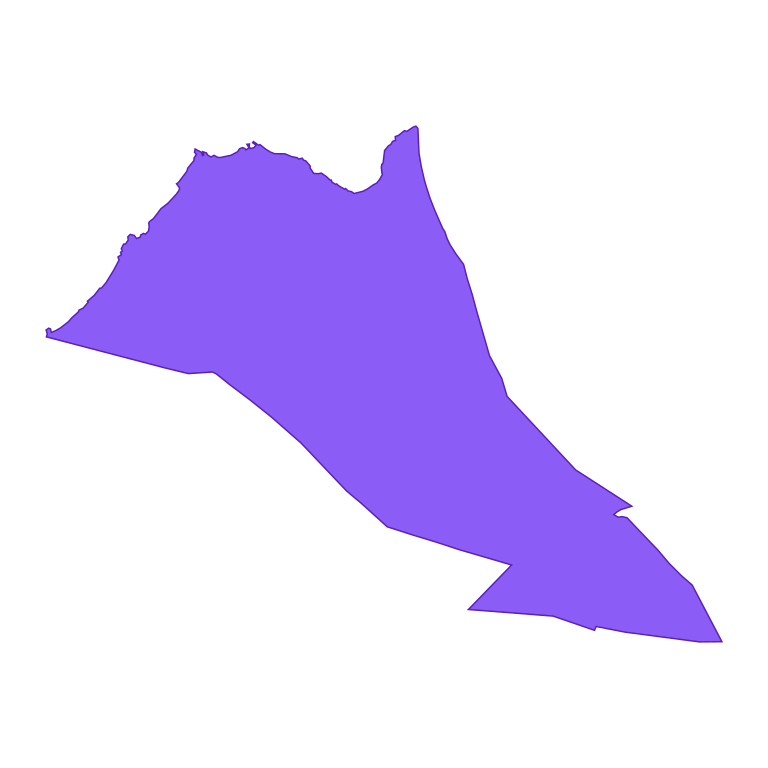 Falealupo, Vaisigano, Samoa (orthographic projection)
{"feature_id": "51752279B91405763132187", "entity_name": "Falealupo", "entity_type": "district", "adm_level": 2, "iso_a3": "WSM", "parent_name": "Samoa", "parent_adm1": "Vaisigano", "projection": "orthographic", "projection_center": [-172.771, -13.521], "detail": "fine", "context": "isolated", "style": "filled", "palette": "violet", "viewbox_px": 768, "rotation_deg": 0, "n_neighbors": 0, "source": "geoboundaries", "source_scale": "gbopen_adm2", "svg_char_len": 2383}
<svg xmlns="http://www.w3.org/2000/svg" viewBox="0 0 768 768"><path d="M417.9,128.4L415.9,126.1L413.2,127.1L406.9,131.3L404.3,130.7L398.5,135.4L395.2,136.6L395.5,140.4L392.7,141.3L390.7,144.5L388.5,145.8L384.6,150.5L383.1,162.9L381.8,164.4L381.3,167.1L381.9,173.1L382.5,174.2L379.8,179.2L376.7,183.1L373.2,184.9L367.0,189.2L362.9,191.3L354.1,193.5L351.4,191.6L348.2,191.0L345.6,188.5L344.8,189.3L338.6,185.7L336.6,183.9L335.5,184.3L331.9,182.1L331.4,180.1L330.1,180.1L326.6,176.8L321.4,173.1L318.2,173.7L313.7,173.4L310.1,168.0L310.2,166.0L305.7,160.8L303.6,160.2L302.3,158.2L298.6,159.0L297.2,157.7L291.5,156.6L284.9,153.8L274.6,153.7L270.3,152.0L265.8,149.2L259.9,144.6L258.7,145.3L253.5,141.6L252.6,142.7L256.0,145.1L253.9,147.7L250.4,148.5L249.2,146.6L249.5,144.0L246.9,144.3L249.0,147.8L246.0,149.9L244.8,148.4L242.4,147.6L239.5,148.8L237.6,151.7L230.9,155.3L220.3,157.5L217.8,157.4L214.0,155.3L211.0,157.0L207.8,155.2L206.4,152.9L202.8,151.7L203.8,154.8L202.5,155.6L201.4,152.3L195.1,149.0L194.5,152.3L196.4,154.3L194.0,158.0L194.0,160.5L187.8,168.0L186.8,171.4L178.4,182.5L176.5,183.8L179.6,187.9L178.8,190.8L176.3,194.2L168.1,203.1L161.0,208.6L157.3,213.6L153.3,218.7L149.4,221.7L148.7,223.1L149.2,226.8L148.4,231.3L145.3,234.2L143.4,233.4L140.7,235.0L140.1,237.2L136.5,238.5L134.3,235.4L130.2,234.4L127.8,236.9L128.2,240.0L125.6,244.0L123.6,244.1L121.3,248.7L122.4,251.1L120.5,252.3L121.4,254.7L118.0,256.9L119.0,260.2L113.7,270.2L106.0,282.7L101.4,288.1L99.8,288.2L94.3,295.3L87.4,301.2L88.2,302.2L83.2,308.1L79.1,310.1L78.3,312.0L72.3,317.3L68.2,321.9L60.3,328.0L55.8,330.6L51.3,332.5L50.5,328.9L48.7,328.2L46.1,330.0L47.3,333.9L46.4,336.9L165.3,368.0L188.3,373.6L212.5,372.0L216.3,373.9L229.9,384.8L249.3,399.4L271.1,416.8L301.0,443.0L346.6,491.0L361.6,503.6L387.2,526.8L413.7,535.3L437.1,542.4L459.6,549.8L511.6,565.0L468.4,609.5L553.1,616.1L594.5,630.3L596.2,626.5L625.5,632.2L699.4,641.9L721.9,641.7L692.2,585.1L681.3,575.6L669.3,563.6L657.7,549.9L634.7,525.9L627.0,517.7L622.1,516.6L618.1,517.2L613.8,514.6L616.9,512.0L620.8,509.6L631.8,506.2L580.7,473.2L575.6,469.9L523.3,413.8L507.1,396.4L501.7,378.3L489.5,355.7L476.7,311.2L472.4,295.1L467.1,278.2L463.6,264.4L456.1,254.2L450.2,245.0L447.2,238.8L444.8,231.6L442.6,228.2L434.9,210.7L430.1,198.4L426.0,185.7L424.3,179.7L421.3,166.7L419.0,153.3L417.9,128.4Z" fill="#8b5cf6" stroke="#5b21b6" stroke-width="1.5"/></svg>